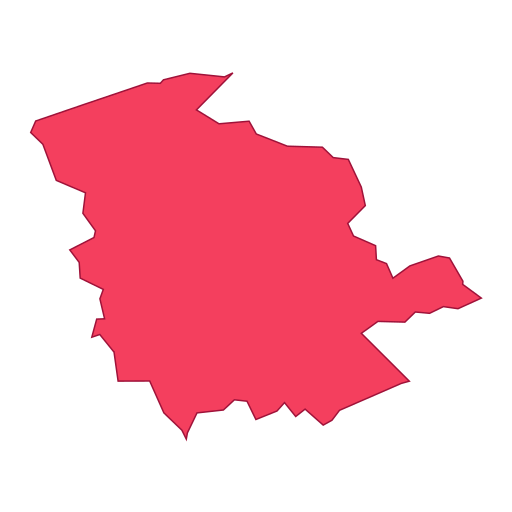 Logan, West Virginia, United States of America
{"feature_id": "52423323B11034045930208", "entity_name": "Logan", "entity_type": "district", "adm_level": 2, "iso_a3": "USA", "parent_name": "United States of America", "parent_adm1": "West Virginia", "projection": "natural_earth1", "projection_center": [-81.913, 37.833], "detail": "fine", "context": "isolated", "style": "filled", "palette": "rose", "viewbox_px": 512, "rotation_deg": 0, "n_neighbors": 0, "source": "geoboundaries", "source_scale": "gbopen_adm2", "svg_char_len": 1033}
<svg xmlns="http://www.w3.org/2000/svg" viewBox="0 0 512 512"><path d="M35.7,121.0L30.7,132.5L42.9,144.3L56.3,180.4L85.5,192.8L82.9,213.3L95.5,230.8L94.0,237.5L69.8,249.9L79.2,262.4L80.2,278.1L103.3,289.4L99.9,298.8L104.6,318.8L96.7,319.1L91.8,337.2L99.8,334.5L113.7,351.7L114.0,351.8L118.1,381.1L149.7,381.0L163.9,412.9L181.9,430.2L186.3,439.1L187.4,432.9L197.0,412.9L223.4,410.0L234.4,399.8L247.0,401.2L255.9,419.5L277.0,411.0L284.5,402.6L295.7,416.5L305.1,409.1L323.2,425.1L332.0,420.2L339.5,410.3L401.3,383.4L409.3,381.2L395.9,367.8L361.3,333.3L377.9,321.4L404.9,322.1L415.3,312.0L429.6,313.3L443.4,306.6L458.0,308.7L481.3,298.1L462.7,284.4L462.9,281.2L449.5,258.0L438.4,256.0L409.9,265.9L392.9,278.2L386.5,263.6L376.4,259.7L375.6,245.7L353.5,236.0L347.7,223.4L365.3,205.6L361.3,187.1L348.3,159.4L333.2,157.6L322.4,147.2L287.4,146.2L256.3,134.0L249.1,121.2L219.0,123.8L196.4,109.9L232.9,72.9L224.5,76.9L189.9,73.3L163.5,79.8L160.3,83.3L147.3,83.0L83.9,104.5L35.7,121.0Z" fill="#f43f5e" stroke="#9f1239" stroke-width="1.5"/></svg>